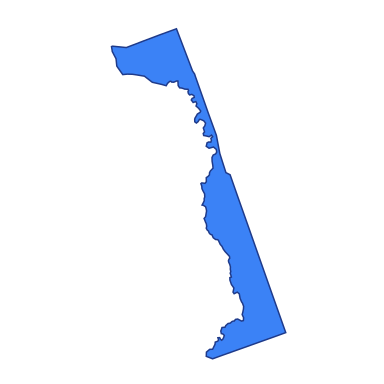 Abaji, Federal Capital Territory, Nigeria (Natural Earth projection), rotated 160°
{"feature_id": "59680162B29524904273451", "entity_name": "Abaji", "entity_type": "district", "adm_level": 2, "iso_a3": "NGA", "parent_name": "Nigeria", "parent_adm1": "Federal Capital Territory", "projection": "natural_earth1", "projection_center": [6.872, 8.857], "detail": "fine", "context": "isolated", "style": "filled", "palette": "blue", "viewbox_px": 384, "rotation_deg": 160, "n_neighbors": 0, "source": "geoboundaries", "source_scale": "gbopen_adm2", "svg_char_len": 2799}
<svg xmlns="http://www.w3.org/2000/svg" viewBox="0 0 384 384"><g transform="rotate(160 192 192)"><path d="M216.9,326.0L212.5,324.9L209.7,323.8L207.5,322.9L203.8,320.9L197.1,317.1L191.8,308.7L183.6,303.4L182.1,302.3L179.9,300.7L177.9,302.4L175.3,303.5L174.0,303.3L173.5,302.2L171.5,301.4L168.4,301.6L167.3,301.1L167.7,299.7L168.6,296.7L168.0,294.1L166.3,293.3L164.8,292.2L163.7,291.2L162.1,290.5L160.6,289.9L160.6,288.4L161.5,287.6L161.7,285.7L161.0,284.0L158.8,283.8L157.2,281.8L157.5,280.1L159.9,279.9L161.2,278.7L160.3,275.7L157.5,275.7L157.2,273.4L158.8,271.4L157.2,268.5L156.1,265.1L157.3,264.0L158.6,263.8L160.3,263.4L162.5,261.5L163.9,260.4L164.6,259.4L165.4,257.0L164.3,255.3L162.3,256.0L160.1,257.7L159.0,257.2L156.6,254.9L155.7,252.1L157.3,249.8L159.5,248.3L159.5,246.6L159.7,244.1L161.4,243.2L161.7,241.1L159.5,239.8L157.0,238.1L154.2,238.8L153.7,236.9L155.9,236.0L156.1,233.9L157.3,232.4L159.2,233.3L161.0,233.1L163.0,230.1L161.0,227.3L156.4,226.9L154.6,223.7L155.2,221.0L156.8,219.7L159.4,219.5L161.4,217.6L162.6,214.0L163.4,209.7L164.1,207.2L167.5,205.5L168.9,204.2L169.8,202.1L171.5,201.2L173.7,200.6L175.0,196.8L176.8,195.7L179.7,197.2L180.8,196.8L180.8,194.2L181.5,191.7L181.3,189.4L180.8,186.0L181.7,183.0L182.8,181.7L183.5,179.6L185.2,177.9L187.0,176.3L185.8,175.5L184.3,173.5L184.4,171.5L184.8,169.2L186.5,166.2L187.7,164.1L189.7,163.0L189.6,160.9L189.6,159.0L189.4,157.3L189.9,154.8L191.0,153.1L190.7,151.0L189.9,149.7L189.9,147.8L189.2,145.9L187.9,145.0L187.7,141.8L186.1,139.3L184.1,138.4L183.7,137.2L183.4,133.1L182.4,130.6L182.1,127.4L181.3,124.7L178.8,118.7L179.2,116.8L180.3,116.2L181.3,114.9L181.5,113.6L181.3,110.9L181.5,108.5L182.4,106.4L182.8,103.9L183.9,102.6L183.9,100.9L184.1,98.6L185.7,98.6L186.5,96.2L186.6,91.6L185.5,87.5L186.6,85.6L187.7,83.9L187.2,82.0L183.7,82.4L182.4,80.1L183.2,75.6L183.0,71.8L182.6,70.3L182.6,66.9L183.7,64.4L185.4,61.6L186.8,59.7L186.5,56.3L187.7,53.6L189.6,53.8L192.5,57.0L194.7,57.4L196.5,56.3L197.4,56.6L198.7,56.6L200.9,55.7L203.1,56.1L206.0,54.9L207.3,53.6L208.4,54.0L210.2,54.4L211.3,52.9L212.5,51.5L212.9,48.9L211.6,48.1L210.7,46.2L212.0,44.5L213.6,43.0L214.9,42.6L215.6,44.0L215.8,45.7L217.5,46.2L217.7,43.8L218.9,43.0L221.5,43.0L222.4,41.1L223.2,40.3L226.4,37.2L229.2,38.1L233.2,36.6L234.8,32.7L229.7,28.2L227.3,28.2L219.3,28.2L208.7,28.1L160.9,27.8L155.5,27.8L152.0,27.8L151.7,60.8L151.6,73.4L151.0,130.5L150.9,138.6L150.6,172.1L150.3,195.2L153.5,198.6L152.7,218.6L149.7,236.9L149.7,259.5L149.7,261.1L149.3,299.5L149.2,302.0L150.1,305.5L150.8,350.7L155.5,350.7L165.5,350.7L167.6,350.7L167.9,350.7L185.9,350.5L197.5,350.3L204.3,350.2L206.6,351.3L216.8,356.2L217.9,356.2L218.5,353.0L218.9,351.2L218.7,350.0L218.4,347.5L217.8,343.2L219.6,336.1L219.1,334.0L216.9,326.0Z" fill="#3b82f6" stroke="#1e3a8a" stroke-width="1.5"/></g></svg>